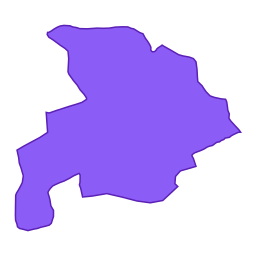 Botkyrka, Stockholm, Sweden
{"feature_id": "70781695B67027071836241", "entity_name": "Botkyrka", "entity_type": "district", "adm_level": 2, "iso_a3": "SWE", "parent_name": "Sweden", "parent_adm1": "Stockholm", "projection": "robinson", "projection_center": [17.824, 59.162], "detail": "fine", "context": "isolated", "style": "filled", "palette": "violet", "viewbox_px": 256, "rotation_deg": 0, "n_neighbors": 0, "source": "geoboundaries", "source_scale": "gbopen_adm2", "svg_char_len": 2064}
<svg xmlns="http://www.w3.org/2000/svg" viewBox="0 0 256 256"><path d="M17.0,150.1L18.7,157.8L18.9,159.7L19.3,163.2L20.9,167.5L23.3,175.8L22.3,182.6L20.8,185.6L18.5,189.9L16.5,193.1L15.7,195.3L15.5,206.6L15.4,215.6L15.6,220.3L16.9,223.9L17.5,226.8L19.6,228.5L23.6,229.4L27.9,230.6L33.9,229.1L37.7,228.4L40.7,227.3L45.5,226.2L49.3,225.1L51.3,223.3L52.4,219.8L53.5,216.4L53.5,210.4L50.9,205.9L49.9,199.6L49.2,196.9L47.9,192.6L48.6,190.9L50.3,188.5L52.6,186.0L55.8,184.4L59.8,182.6L64.2,181.0L69.3,178.4L73.5,175.9L76.8,174.4L79.0,173.4L80.1,175.0L80.1,178.0L80.0,182.3L79.4,184.9L80.7,188.3L82.6,197.0L92.0,196.1L106.8,193.6L121.2,196.9L137.0,201.0L150.3,202.8L162.8,200.5L170.4,193.4L177.8,186.5L174.9,183.7L175.5,176.4L180.4,170.9L196.0,166.4L193.4,158.5L192.6,157.1L192.0,155.8L192.2,154.6L194.5,152.9L196.8,152.0L199.8,150.9L201.3,150.3L203.9,149.1L205.1,148.4L207.1,147.1L209.6,146.1L212.1,145.6L213.6,144.7L215.4,143.2L217.1,142.2L219.4,141.9L221.3,140.5L223.8,139.5L225.3,138.0L226.8,137.8L229.5,137.3L230.3,136.6L231.6,135.6L233.8,134.4L235.3,133.7L238.4,132.3L240.6,132.2L239.0,129.9L234.7,125.3L231.1,121.4L228.9,118.3L229.3,113.9L227.8,110.2L227.4,106.4L226.7,101.8L225.6,99.3L220.9,98.8L214.4,97.4L210.1,95.9L206.1,91.8L203.6,88.2L202.1,85.8L197.8,81.6L197.4,77.0L197.0,69.3L196.0,61.8L193.4,58.6L189.4,57.1L182.9,55.9L178.6,54.7L172.1,50.9L163.8,46.2L162.1,45.1L160.7,46.2L158.1,47.8L156.8,49.0L156.0,50.3L154.6,51.6L152.3,51.8L150.8,50.2L150.9,47.3L149.6,44.5L147.6,41.3L145.2,38.0L143.0,33.8L139.8,32.6L137.2,31.0L133.8,28.9L131.1,28.3L127.8,26.9L122.0,26.8L115.3,27.1L109.3,28.1L103.1,28.3L97.2,28.1L91.5,28.5L87.2,28.8L79.7,28.6L76.7,27.6L72.6,26.9L70.1,25.8L63.9,25.4L60.2,26.0L57.1,27.3L54.3,28.9L51.4,30.9L48.9,32.3L47.6,32.4L47.2,34.5L48.8,37.2L53.2,40.0L60.2,45.2L65.0,48.4L68.0,51.2L68.7,58.6L68.0,71.8L68.9,74.2L73.3,80.4L77.3,85.2L80.0,89.7L84.0,94.2L86.5,97.9L86.5,99.4L81.9,102.4L76.1,104.3L69.4,106.3L56.4,110.5L49.2,113.0L46.2,112.4L47.6,132.4L39.8,137.5L23.8,146.1L17.0,150.1Z" fill="#8b5cf6" stroke="#5b21b6" stroke-width="1.5"/></svg>